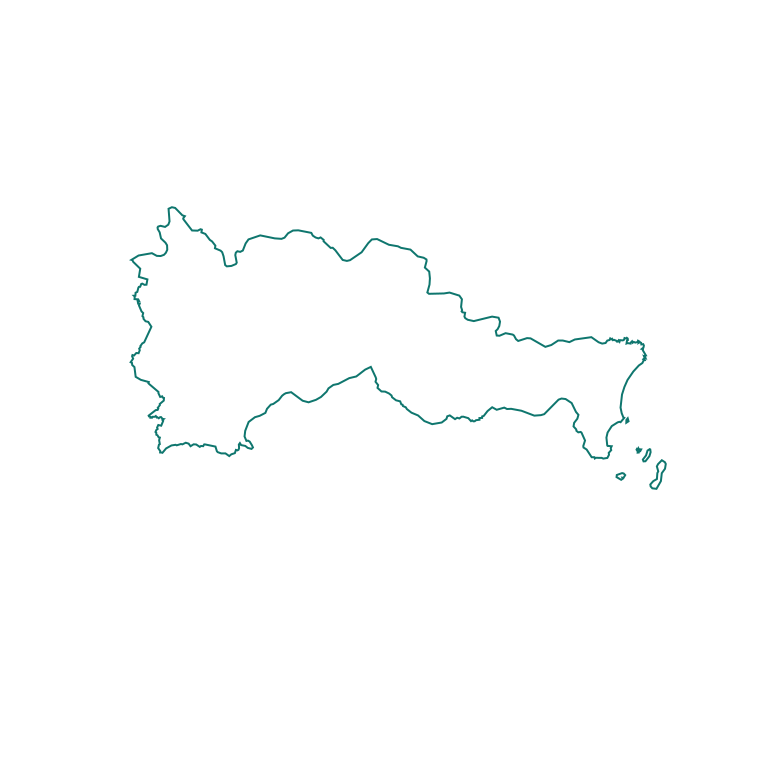 outline of Bengkayang, Kalimantan Barat, Indonesia, rotated 219°
{"feature_id": "22746128B96004883426087", "entity_name": "Bengkayang", "entity_type": "district", "adm_level": 2, "iso_a3": "IDN", "parent_name": "Indonesia", "parent_adm1": "Kalimantan Barat", "projection": "albers", "projection_center": [109.504, 1.033], "detail": "fine", "context": "isolated", "style": "outline", "palette": "teal", "viewbox_px": 768, "rotation_deg": 219, "n_neighbors": 0, "source": "geoboundaries", "source_scale": "gbopen_adm2", "svg_char_len": 6171}
<svg xmlns="http://www.w3.org/2000/svg" viewBox="0 0 768 768"><g transform="rotate(219 384 384)"><path d="M658.4,321.5L657.4,321.9L655.8,321.1L646.0,320.2L641.9,313.0L633.7,316.4L631.1,311.7L632.6,310.3L635.0,309.9L635.6,309.0L634.7,306.1L635.6,305.2L635.5,304.3L633.7,300.3L634.5,298.6L632.8,296.2L633.9,295.2L632.8,295.1L631.3,293.0L628.3,295.1L626.3,294.2L627.5,293.3L625.6,291.7L624.4,292.6L623.8,290.8L618.1,287.8L615.8,287.6L614.4,284.7L613.0,284.5L611.9,283.3L608.8,282.7L606.3,283.9L600.8,282.1L596.6,265.5L597.4,263.4L597.2,260.1L596.5,259.7L596.5,257.4L595.1,256.6L594.1,253.5L596.0,252.2L596.2,248.8L597.7,248.2L597.3,247.1L594.9,245.8L594.6,241.5L593.2,241.8L591.6,240.3L588.6,240.1L581.5,233.3L575.6,234.2L568.0,237.5L567.7,236.4L566.5,236.2L554.3,235.9L553.5,234.9L549.8,233.1L548.6,234.8L547.5,234.2L546.2,234.7L544.7,232.5L545.7,227.3L544.9,226.6L544.8,223.1L544.0,222.9L543.6,221.4L545.0,220.0L547.0,211.3L546.3,210.9L544.8,211.5L544.3,210.8L543.0,211.9L543.2,212.9L541.5,214.3L541.2,215.5L539.6,215.0L539.4,215.5L537.5,215.6L537.1,217.4L536.3,218.0L534.3,217.5L533.2,218.1L533.5,216.6L532.4,216.4L530.9,211.4L533.6,210.1L532.9,207.3L531.6,206.6L532.0,204.9L531.4,202.9L530.4,202.9L529.0,201.3L527.8,201.6L525.7,200.8L524.5,201.3L523.4,198.8L520.4,196.2L520.7,195.2L519.2,192.1L515.6,191.0L514.9,189.9L513.0,191.2L512.9,190.3L512.8,196.8L510.5,202.5L507.7,205.6L506.5,205.9L504.0,209.6L502.7,210.2L501.1,213.6L498.3,214.7L495.2,213.9L494.0,217.3L491.9,218.8L487.6,219.2L487.2,220.7L485.4,221.9L485.7,223.9L485.1,224.4L475.6,229.3L471.6,226.6L470.3,226.4L466.9,227.6L463.5,230.3L458.9,230.6L458.4,233.3L456.4,236.4L457.6,239.6L456.1,240.2L455.7,241.3L456.2,242.9L458.7,245.6L458.8,247.4L456.6,246.6L452.8,248.6L449.7,248.6L446.1,250.2L445.9,252.2L448.1,253.3L452.1,254.7L454.1,254.4L455.1,253.2L459.4,255.5L462.4,260.3L465.3,269.3L463.4,277.0L460.6,281.0L458.0,286.9L459.3,291.1L459.0,296.7L457.5,298.8L455.7,305.2L455.8,310.8L455.2,313.4L454.5,315.1L451.0,319.2L436.7,319.8L431.1,322.3L426.9,328.9L424.8,334.3L423.8,341.9L424.4,345.7L422.8,351.4L419.6,355.3L414.7,366.7L410.3,372.4L407.7,383.3L405.0,389.0L394.7,384.0L393.2,383.0L392.0,380.4L387.9,379.5L386.6,376.9L381.3,376.6L378.3,378.8L374.1,379.8L370.9,379.8L369.4,378.8L364.4,378.9L360.5,380.7L357.8,379.1L356.5,379.6L355.4,378.8L352.4,379.6L350.5,378.9L344.6,379.0L337.7,381.0L329.3,380.6L321.3,383.1L314.9,390.4L313.5,396.2L314.5,398.7L313.1,401.0L306.7,401.4L305.9,403.8L303.7,404.7L303.1,407.4L301.8,408.5L297.0,410.5L293.0,409.9L292.6,411.2L291.1,411.2L290.1,412.1L289.7,413.8L287.3,416.3L288.4,417.6L286.4,419.4L287.3,420.6L286.4,422.0L286.5,428.1L285.3,434.0L280.2,434.9L275.7,441.3L272.6,442.0L269.6,444.7L260.4,449.7L247.3,454.0L242.5,458.5L240.5,461.4L238.5,481.7L236.9,484.4L233.4,486.6L226.2,487.3L217.2,483.1L213.5,482.4L211.9,478.7L211.8,473.5L210.0,470.3L206.1,469.7L205.0,468.7L202.6,468.7L201.0,470.5L199.9,470.5L192.2,466.6L190.1,461.2L189.0,460.2L185.3,460.6L176.6,457.8L174.5,459.5L173.3,458.8L173.0,459.9L168.3,463.6L166.7,464.0L163.9,467.1L164.6,470.6L166.0,471.9L165.8,475.6L167.4,476.8L167.9,478.9L171.3,476.6L171.9,476.8L177.4,482.3L179.7,487.0L180.5,494.6L178.3,501.2L177.3,502.7L176.1,503.2L176.0,508.9L177.0,508.7L180.9,510.9L185.3,514.5L192.4,525.6L195.3,533.0L197.3,540.4L198.1,550.6L197.6,558.8L196.4,562.9L197.1,565.9L196.3,566.7L197.0,567.1L197.3,566.2L198.1,566.3L197.7,568.2L198.9,568.9L197.5,569.0L199.2,570.0L198.4,571.0L204.1,573.1L204.6,574.0L205.7,573.5L205.3,575.6L206.2,577.4L207.6,578.1L208.9,576.7L210.1,577.8L211.4,577.5L211.9,576.4L212.3,577.7L213.8,577.5L213.3,576.3L214.8,574.3L216.4,573.9L216.7,572.6L218.1,573.3L218.3,571.4L217.8,570.6L220.4,569.1L221.0,568.1L222.4,570.5L222.1,571.6L223.2,572.7L224.3,572.7L224.3,571.8L226.0,571.1L225.3,569.5L225.8,568.2L228.2,566.6L227.6,565.1L229.1,565.5L228.9,564.1L229.8,563.5L230.4,563.9L233.0,563.1L233.7,562.1L235.2,562.7L235.5,561.8L236.9,561.8L236.4,560.1L237.8,558.3L237.6,555.3L239.9,552.7L243.5,551.5L252.3,550.9L263.7,538.7L266.3,533.2L272.4,530.3L276.0,527.4L278.5,519.6L282.0,514.4L298.8,511.7L301.7,509.7L306.8,501.9L309.6,501.9L313.5,503.5L315.1,503.4L321.5,500.0L324.6,494.2L326.9,492.6L330.5,495.5L330.2,498.1L330.9,501.6L333.1,505.5L336.7,507.6L342.4,504.4L353.8,489.4L359.4,486.6L362.3,486.3L363.9,487.0L365.8,490.4L368.2,489.1L369.4,489.3L369.7,490.5L372.6,492.4L376.8,498.9L381.1,500.1L390.6,496.3L394.4,492.1L405.8,482.4L407.9,482.4L411.2,489.9L414.8,495.0L419.6,499.8L425.5,500.2L428.3,506.4L429.4,507.5L432.6,507.1L438.1,504.4L448.0,505.1L456.5,500.5L459.8,499.8L467.8,495.3L480.6,492.3L484.4,488.7L484.9,483.6L484.3,472.3L488.3,458.9L490.3,456.3L494.2,454.4L506.0,457.3L509.6,457.6L511.1,456.2L520.8,456.9L521.5,458.0L525.5,458.0L526.6,455.9L529.4,454.8L532.7,454.5L535.6,455.7L547.3,449.5L551.3,446.0L553.4,440.8L553.4,435.1L555.0,432.3L560.6,428.4L573.7,421.6L580.3,411.1L580.0,406.2L577.7,398.9L578.9,396.2L581.5,394.9L581.8,392.8L580.7,390.6L574.8,385.6L574.6,384.0L576.9,379.7L580.2,376.5L582.3,376.5L589.1,382.3L592.7,384.6L594.9,384.8L600.8,383.1L602.1,385.4L607.3,386.6L610.1,386.4L617.3,388.2L621.3,386.9L622.7,389.3L624.0,388.8L625.3,385.9L629.8,382.5L643.6,385.8L644.3,386.4L644.4,389.1L646.9,388.2L657.1,389.4L660.1,387.9L661.7,384.6L653.0,375.4L651.9,372.1L653.0,368.3L657.2,366.3L658.6,364.2L658.5,363.2L657.3,362.0L653.8,360.7L648.9,356.8L642.8,356.3L639.9,355.3L636.9,351.9L636.1,348.7L636.3,345.9L638.1,342.9L641.2,340.6L646.7,339.6L655.6,329.4L658.4,321.5ZM109.8,471.8L106.3,474.0L107.7,482.8L112.0,489.5L112.3,495.0L114.7,499.2L116.5,500.0L120.1,499.6L120.6,494.2L120.1,491.7L115.9,488.7L115.5,486.8L112.1,481.9L113.6,478.0L113.8,473.5L112.3,472.2L109.8,471.8ZM136.5,500.6L137.3,498.1L135.4,493.4L135.3,488.2L133.6,487.2L132.2,488.5L132.3,494.9L133.9,498.8L135.9,500.7L136.5,500.6ZM144.7,458.0L139.4,458.8L138.8,460.8L139.7,461.2L138.8,461.7L139.2,465.0L141.4,465.3L142.9,464.6L145.8,459.8L144.7,458.0ZM144.3,491.2L143.7,490.3L142.9,491.1L143.6,492.1L142.6,493.0L143.0,495.0L144.9,493.7L145.8,494.1L145.5,493.1L146.6,492.9L146.4,491.9L144.3,491.2ZM171.3,506.4L170.5,508.9L173.0,510.7L173.0,508.6L171.3,506.4Z" fill="none" stroke="#0f766e" stroke-width="2"/></g></svg>